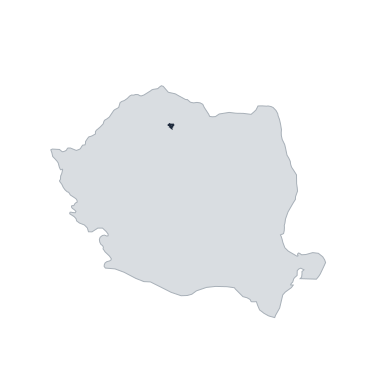 Poiana Blenchii, Salaj, Romania (highlighted), rotated 15°
{"feature_id": "2599482B10534367656456", "entity_name": "Poiana Blenchii", "entity_type": "district", "adm_level": 2, "iso_a3": "ROU", "parent_name": "Romania", "parent_adm1": "Salaj", "projection": "mercator", "projection_center": [23.787, 47.298], "detail": "fine", "context": "in_parent", "style": "filled", "palette": "slate", "viewbox_px": 384, "rotation_deg": 15, "n_neighbors": 0, "source": "geoboundaries", "source_scale": "gbopen_adm2", "svg_char_len": 4629}
<svg xmlns="http://www.w3.org/2000/svg" viewBox="0 0 384 384"><g transform="rotate(15 192 192)"><path d="M292.8,217.2L296.1,221.8L300.3,224.2L309.9,226.8L310.8,226.5L310.9,226.0L310.2,225.3L310.1,224.5L310.6,223.4L311.9,223.4L314.1,224.3L318.2,222.9L324.3,219.3L329.9,218.5L335.0,220.7L337.7,223.2L339.3,225.6L338.8,228.6L338.5,230.4L337.1,238.0L336.2,240.8L334.7,244.0L318.9,247.7L319.9,245.9L319.5,242.8L318.8,240.4L320.3,238.2L316.8,237.4L315.2,238.6L314.0,240.7L315.1,245.4L313.3,248.1L312.7,249.5L312.6,253.0L311.6,254.5L311.3,256.2L313.9,255.7L312.7,258.7L308.0,264.5L306.3,267.9L306.7,281.4L304.6,289.5L304.4,291.9L299.4,291.9L297.9,291.8L293.1,290.6L287.8,288.4L284.6,284.3L282.6,281.3L278.1,282.6L277.2,282.3L276.0,280.8L272.6,279.9L268.3,279.9L258.8,274.4L257.8,273.5L250.3,274.4L239.2,277.1L230.7,280.4L221.9,286.3L218.3,290.8L214.2,293.2L208.3,295.0L197.8,294.3L186.8,292.0L175.1,289.6L168.7,291.0L160.1,290.0L147.2,287.1L137.5,286.2L128.0,287.9L126.4,286.6L126.1,285.1L126.4,283.0L127.8,281.3L130.1,280.0L131.3,278.7L131.4,277.4L128.8,275.2L123.5,272.3L121.4,270.4L120.8,270.0L120.7,268.3L119.6,267.0L117.5,266.1L115.9,264.3L114.8,261.8L115.0,259.5L116.7,257.2L118.7,256.3L121.2,256.6L122.3,256.0L121.9,254.4L119.4,252.4L114.9,250.0L110.3,251.3L105.7,256.4L102.3,257.2L100.2,253.8L96.6,251.7L91.3,251.1L88.1,249.8L86.9,247.8L84.6,246.3L79.5,244.7L79.4,243.2L80.2,242.8L82.0,242.7L84.5,242.3L84.8,241.5L84.9,240.7L83.0,239.6L81.0,238.9L80.0,238.3L79.4,237.5L79.3,236.7L79.8,236.1L80.6,236.1L81.4,235.6L81.8,233.8L82.8,232.2L83.6,231.7L83.5,230.6L82.8,229.5L81.7,228.6L80.2,228.0L75.3,226.4L72.9,224.2L71.4,224.1L69.0,222.9L66.5,220.9L64.2,218.2L61.9,216.4L61.2,215.7L61.2,215.0L61.6,214.2L61.6,213.4L61.0,210.6L61.4,207.8L61.3,205.1L61.3,203.9L60.8,203.5L60.4,203.9L59.8,204.4L59.2,204.5L57.5,202.5L55.2,198.5L53.7,197.2L50.8,195.3L48.3,193.8L46.5,190.4L44.7,187.8L45.9,186.7L53.0,185.2L56.2,186.7L57.7,186.1L59.2,184.9L60.0,183.9L60.1,182.9L60.8,181.6L63.2,181.0L69.5,181.8L72.1,180.0L73.0,179.0L73.6,176.8L74.2,175.1L76.5,174.1L76.5,172.5L76.1,170.8L77.4,166.9L78.2,165.3L79.5,164.7L81.1,163.5L83.7,160.9L83.1,158.7L83.7,157.0L86.5,153.0L88.6,149.1L88.6,147.1L88.9,145.4L90.7,143.6L92.7,141.1L95.3,133.5L96.3,132.2L98.0,130.7L99.3,129.3L99.4,124.3L100.6,122.8L102.9,121.2L105.2,118.5L107.0,115.4L108.5,114.0L110.4,113.6L112.4,112.4L114.7,111.9L116.9,112.5L118.4,112.2L120.5,110.7L125.9,104.9L126.7,103.8L127.8,103.0L132.2,101.0L133.4,99.1L134.9,97.3L136.9,97.4L143.3,101.8L150.1,101.5L151.4,101.7L151.8,101.8L152.6,102.1L161.7,104.3L163.2,104.1L163.5,103.9L167.2,105.7L170.5,105.5L173.5,104.2L176.8,103.8L179.7,104.5L181.9,107.1L187.8,112.4L189.5,114.4L192.2,114.1L195.1,113.1L198.1,109.6L207.3,105.5L214.3,104.5L221.1,102.8L229.0,101.7L231.3,98.3L232.6,96.1L233.5,91.8L237.7,90.6L241.8,89.8L243.2,89.2L246.2,89.0L248.5,89.4L252.0,91.5L254.5,94.1L255.5,96.2L257.6,99.1L259.8,103.2L262.3,108.7L262.8,111.5L263.7,114.4L265.6,118.0L269.1,122.0L269.6,122.8L271.1,125.6L274.2,131.8L276.8,134.3L279.0,137.0L280.1,139.7L281.7,142.2L285.4,145.5L288.5,148.4L290.9,156.9L292.6,160.8L293.7,163.8L293.2,169.8L293.8,172.4L292.4,177.0L289.9,186.4L289.3,193.9L289.8,197.9L289.8,200.5L290.4,202.1L291.1,205.5L291.2,208.4L290.3,209.3L289.0,210.0L288.5,210.6L289.7,211.9L291.3,214.4L292.8,217.2Z" fill="#d9dde1" stroke="#a8b0b8" stroke-width="1"/><path d="M155.9,135.9L155.8,135.7L155.9,135.4L155.9,135.2L155.7,135.0L155.6,134.9L155.5,134.7L155.4,134.6L155.5,134.5L155.5,134.4L155.6,134.2L155.9,134.1L155.7,133.9L155.8,133.8L155.9,133.7L155.9,133.8L155.9,133.7L156.0,133.7L155.9,133.7L155.9,133.4L156.0,133.3L156.3,133.3L156.3,133.2L156.3,132.9L156.5,132.7L156.7,132.4L156.7,132.2L156.8,132.1L156.7,132.0L156.7,131.9L156.4,131.9L156.3,131.7L156.2,131.6L156.1,131.8L156.0,131.7L155.9,131.7L155.8,131.8L155.7,131.8L155.7,131.7L155.7,131.8L155.4,131.9L155.2,132.0L154.9,132.0L154.7,132.0L154.4,132.0L154.2,132.1L154.3,132.3L154.2,132.5L153.9,132.5L153.7,132.7L153.4,132.6L153.2,132.7L153.0,132.4L152.9,132.5L152.9,132.4L152.9,132.2L152.7,132.2L152.7,132.3L152.6,132.2L152.4,132.5L152.2,132.8L152.1,133.0L152.1,133.3L152.1,133.5L151.9,133.6L152.0,133.7L152.3,133.7L152.4,133.4L152.6,133.4L152.7,133.2L152.8,133.3L153.0,133.5L153.2,133.8L153.3,134.0L153.3,133.9L153.4,134.0L153.4,133.9L153.5,133.9L153.6,134.0L153.7,134.3L153.8,134.3L154.0,134.2L154.0,134.3L154.4,134.5L154.2,134.6L154.3,134.6L154.5,134.7L154.4,134.8L154.5,134.8L154.6,135.0L154.7,134.9L154.7,135.0L154.8,135.1L155.0,135.2L155.1,135.3L155.3,135.3L155.3,135.5L155.5,135.7L155.6,135.8L155.9,135.9L155.9,135.9Z" fill="#64748b" stroke="#1e293b" stroke-width="1.5"/></g></svg>